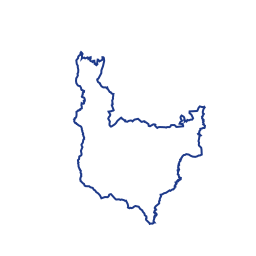 Santuario, Antioquia, Colombia, rotated 228°
{"feature_id": "7082276B94557832813539", "entity_name": "Santuario", "entity_type": "district", "adm_level": 2, "iso_a3": "COL", "parent_name": "Colombia", "parent_adm1": "Antioquia", "projection": "albers", "projection_center": [-75.251, 6.114], "detail": "fine", "context": "isolated", "style": "outline", "palette": "blue", "viewbox_px": 256, "rotation_deg": 228, "n_neighbors": 0, "source": "geoboundaries", "source_scale": "gbopen_adm2", "svg_char_len": 5786}
<svg xmlns="http://www.w3.org/2000/svg" viewBox="0 0 256 256"><g transform="rotate(228 128 128)"><path d="M135.5,68.2L135.2,67.3L133.9,66.7L132.5,65.5L129.5,64.4L129.2,64.6L128.7,64.2L127.8,64.3L126.5,62.8L125.0,62.5L124.4,61.5L123.5,61.2L123.1,59.9L122.0,58.3L121.4,57.9L120.8,57.8L120.4,57.3L116.5,57.6L116.0,57.9L114.2,57.2L113.0,57.7L110.6,60.2L109.1,60.4L107.1,61.7L105.0,61.3L103.6,61.8L101.7,61.5L99.3,62.1L96.7,62.1L93.6,61.2L92.1,64.7L90.2,66.6L90.2,68.0L91.0,69.4L90.6,70.6L90.2,71.1L84.1,71.1L82.8,71.3L81.0,73.6L79.6,74.3L79.4,75.1L78.7,75.7L76.9,76.8L75.8,77.1L75.3,77.9L71.8,76.9L69.7,75.8L69.1,74.8L68.6,74.8L67.3,75.5L67.1,76.4L66.0,77.1L65.5,78.4L65.5,79.7L65.1,81.3L62.3,83.3L59.8,82.9L57.1,83.5L56.1,83.0L55.9,83.0L53.5,83.0L52.0,82.1L50.0,82.5L49.7,82.1L48.7,81.6L48.7,80.9L48.2,80.3L47.5,80.0L43.1,80.3L42.2,80.0L41.7,81.1L40.6,82.1L40.3,83.1L40.9,83.8L40.2,84.5L41.3,84.6L42.0,85.0L43.1,86.9L43.7,87.2L43.7,88.0L44.1,88.1L44.3,88.5L44.7,88.5L44.9,89.4L44.1,90.1L44.2,90.8L44.7,91.6L45.4,91.7L46.2,91.1L46.6,91.7L46.9,91.7L47.4,90.9L47.8,90.9L48.8,92.8L48.5,94.1L49.2,94.1L49.7,94.5L50.4,94.2L50.9,94.6L51.3,96.2L51.1,100.7L52.8,102.1L52.9,103.2L53.7,103.8L54.2,104.4L55.1,106.8L56.6,107.6L55.8,108.9L55.4,111.1L54.4,113.0L53.8,117.2L53.0,117.4L52.6,120.0L52.0,120.6L52.3,122.7L52.9,123.4L53.6,123.7L53.6,124.0L53.1,124.3L54.0,124.9L54.1,126.5L54.8,126.5L55.4,126.8L54.7,127.4L55.6,128.2L54.8,129.6L55.1,129.9L55.8,129.7L55.9,130.6L55.6,131.5L54.8,131.6L54.8,131.8L55.2,132.1L54.7,132.9L55.6,133.9L56.0,133.7L56.2,133.2L57.3,133.0L57.7,133.4L58.8,133.8L59.3,134.3L60.3,134.0L61.7,135.7L62.2,135.9L62.3,136.7L63.0,136.7L62.6,137.4L62.9,138.2L63.3,138.3L63.5,138.0L63.8,137.9L64.1,138.6L64.9,138.6L65.2,139.4L66.0,139.7L66.3,140.1L66.2,141.2L66.5,141.4L66.9,141.1L67.3,141.4L67.6,142.4L68.4,143.4L68.5,145.1L69.2,145.3L69.2,145.7L69.6,145.8L69.4,146.7L70.0,147.4L70.0,148.2L70.5,149.2L70.6,151.3L69.8,152.5L69.6,153.8L67.6,155.4L65.4,156.0L63.5,156.9L61.5,158.7L60.6,160.6L60.3,162.1L59.5,163.0L58.9,165.0L62.8,168.2L64.4,169.2L67.5,169.0L68.4,169.6L69.5,171.0L71.1,171.6L72.2,173.3L74.3,175.8L73.8,177.1L74.3,177.1L74.8,176.7L75.2,176.9L76.3,176.0L76.7,176.1L76.4,176.8L76.7,177.2L76.5,177.5L77.9,178.9L78.1,180.4L79.0,181.2L78.0,182.9L77.8,183.9L76.9,184.7L76.9,185.2L78.2,186.7L78.9,186.5L79.7,186.7L80.3,186.4L80.5,187.1L82.1,187.5L82.3,187.7L82.2,188.5L82.7,188.7L83.3,189.6L83.6,189.6L83.5,189.0L83.8,188.9L84.5,189.5L85.5,189.5L85.9,190.0L86.8,190.4L86.8,191.5L87.4,192.1L87.5,193.4L87.7,193.8L89.0,193.6L90.0,194.4L91.5,196.7L92.0,198.8L92.6,198.8L92.5,198.5L94.4,196.8L96.0,195.8L95.8,194.1L94.4,191.1L94.5,190.6L99.1,184.9L98.0,183.7L95.4,184.0L91.7,182.9L91.3,181.3L92.4,180.0L92.9,178.4L94.2,177.6L93.8,176.8L93.7,175.8L94.8,175.8L94.9,174.7L95.4,175.3L96.4,175.1L97.1,176.2L98.3,176.8L99.2,176.9L101.4,176.2L101.2,174.9L100.6,174.0L99.0,173.3L97.2,173.0L97.4,170.9L96.7,169.2L94.9,170.6L94.6,171.3L92.9,170.6L92.4,170.1L96.2,164.9L96.6,164.6L97.6,164.7L99.1,164.5L100.9,162.5L101.3,161.7L100.7,160.4L100.9,159.4L102.1,158.2L103.0,156.8L102.9,156.6L104.0,155.8L107.6,152.1L108.3,151.0L108.5,149.8L111.2,149.6L111.9,149.9L112.1,150.5L112.6,150.4L113.8,149.2L114.6,145.5L115.7,144.8L117.2,145.8L120.1,145.2L121.2,144.5L121.8,144.8L122.3,144.5L123.3,142.4L123.6,142.1L128.1,141.6L129.9,138.4L129.9,135.8L130.9,135.7L131.8,135.0L132.8,133.3L133.1,131.7L134.7,130.4L135.5,131.0L135.8,130.4L137.0,130.4L138.8,129.8L140.1,130.0L140.3,129.7L140.4,125.0L139.7,122.4L139.6,120.5L140.2,116.7L140.7,116.1L142.5,116.2L143.5,117.0L145.0,118.9L148.1,119.5L148.9,121.0L149.0,122.3L149.6,123.6L150.2,124.0L151.2,124.0L151.9,124.4L152.6,124.3L153.2,124.5L151.5,127.1L151.5,127.6L150.8,128.7L150.8,129.3L155.8,131.2L155.7,131.9L156.0,132.7L156.8,132.8L157.4,133.6L158.9,134.5L159.8,136.5L160.6,137.0L161.9,138.7L162.8,139.3L163.0,139.9L164.7,138.9L166.2,139.1L167.0,138.5L171.0,139.2L171.8,139.6L171.8,138.8L172.9,138.8L174.7,136.8L176.7,136.2L178.9,136.6L179.7,137.0L179.9,136.7L180.8,136.9L182.2,136.5L184.4,137.3L184.8,138.0L184.5,138.7L184.6,139.3L186.6,144.8L188.7,146.9L190.7,150.8L193.8,155.2L196.2,156.9L197.0,157.0L197.7,156.4L196.3,155.2L195.9,154.3L196.6,151.4L198.6,151.6L199.1,151.2L196.9,148.5L195.9,148.0L195.8,146.6L196.7,146.4L197.6,146.7L197.7,146.2L198.0,146.1L200.5,148.0L201.1,147.2L200.6,146.8L200.7,145.9L201.2,145.9L202.8,145.0L203.6,145.1L204.5,146.0L204.5,146.5L205.0,147.1L205.6,147.6L206.0,146.6L205.9,144.7L207.5,145.2L208.4,142.7L209.7,142.5L209.9,141.8L210.7,141.2L210.6,140.3L211.1,141.0L212.9,142.4L213.4,143.8L214.6,144.0L215.8,143.9L215.5,142.8L214.2,141.7L214.5,140.6L214.4,139.0L214.0,138.3L213.3,137.7L212.9,134.9L209.9,132.8L207.8,132.3L206.9,131.4L204.5,130.0L202.6,128.1L202.1,126.7L200.7,126.0L200.0,124.5L199.6,122.8L197.7,120.8L195.8,119.6L193.3,119.2L192.4,119.5L191.2,120.4L189.1,119.9L187.8,119.0L187.2,119.0L186.5,119.6L186.0,119.7L184.8,118.9L184.6,119.8L184.2,119.4L184.3,117.8L183.3,117.0L183.0,116.0L182.5,115.7L182.2,114.7L181.6,114.6L180.3,115.5L179.6,115.6L178.3,115.1L177.5,114.5L177.8,113.6L176.9,113.5L176.9,112.6L176.1,112.3L175.7,111.6L175.8,111.2L176.5,110.8L176.6,110.1L177.3,110.0L176.0,108.5L175.0,108.1L173.5,106.8L174.0,105.1L173.5,104.6L174.1,103.8L173.9,102.9L174.5,102.3L174.3,101.6L174.5,100.5L172.2,98.6L170.9,97.0L170.6,95.8L170.9,95.1L170.4,94.6L170.5,93.8L170.0,93.8L169.0,92.5L167.3,92.1L166.9,92.2L166.5,92.7L165.3,92.5L164.8,92.9L163.2,93.0L161.1,93.9L160.2,94.0L158.6,93.4L157.6,92.5L156.6,92.3L155.9,91.6L153.9,91.0L153.4,90.1L152.7,90.1L151.7,89.4L150.3,89.1L149.8,88.3L149.2,88.1L149.1,86.8L147.4,84.7L146.8,82.3L145.8,81.7L144.3,81.4L142.5,77.7L139.9,76.2L139.2,75.5L139.0,74.9L139.4,72.7L137.6,70.8L137.6,69.3L136.1,68.2L135.5,68.2Z" fill="none" stroke="#1e3a8a" stroke-width="2"/></g></svg>